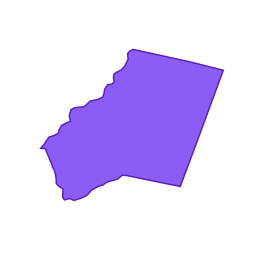 outline of Coxixola, Paraíba, Brazil, rotated 114°
{"feature_id": "56859067B62498871364727", "entity_name": "Coxixola", "entity_type": "district", "adm_level": 2, "iso_a3": "BRA", "parent_name": "Brazil", "parent_adm1": "Paraíba", "projection": "mercator", "projection_center": [-36.609, -7.651], "detail": "fine", "context": "isolated", "style": "filled", "palette": "violet", "viewbox_px": 256, "rotation_deg": 114, "n_neighbors": 0, "source": "geoboundaries", "source_scale": "gbopen_adm2", "svg_char_len": 991}
<svg xmlns="http://www.w3.org/2000/svg" viewBox="0 0 256 256"><g transform="rotate(114 128 128)"><path d="M172.1,110.4L160.2,56.5L118.9,59.0L36.5,64.4L37.2,68.6L42.7,99.8L54.1,155.1L57.0,157.7L60.3,158.6L65.0,155.9L72.6,156.1L77.5,157.7L81.9,161.3L84.8,162.8L88.3,161.6L91.3,159.4L94.5,160.6L96.6,164.1L102.0,165.1L106.6,163.9L110.1,163.8L113.9,166.8L116.4,170.3L118.5,173.3L122.9,175.2L126.5,176.9L129.0,181.4L131.3,185.1L134.6,187.6L141.0,186.5L145.2,183.4L148.4,186.3L152.5,189.6L157.5,190.2L161.3,189.5L165.2,192.8L168.5,196.5L173.2,197.4L177.5,198.1L182.0,199.5L180.5,194.9L183.6,192.1L186.6,188.6L188.9,186.6L191.5,183.3L194.4,181.1L196.1,178.6L199.2,175.9L203.7,172.9L208.0,170.9L209.4,167.3L210.2,162.6L214.4,160.9L218.0,159.4L219.5,156.8L216.2,152.7L216.1,147.9L211.5,142.7L207.5,139.0L204.3,137.4L200.1,136.3L197.0,134.0L193.5,131.5L190.4,127.8L186.2,125.3L183.6,122.6L181.6,119.8L178.3,116.3L173.6,114.2L172.1,110.4Z" fill="#8b5cf6" stroke="#5b21b6" stroke-width="1.5"/></g></svg>